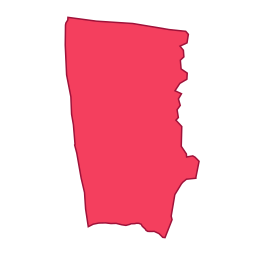 Niagara, New York, United States of America (Robinson projection), rotated 277°
{"feature_id": "52423323B57402250817644", "entity_name": "Niagara", "entity_type": "district", "adm_level": 2, "iso_a3": "USA", "parent_name": "United States of America", "parent_adm1": "New York", "projection": "robinson", "projection_center": [-78.823, 43.197], "detail": "fine", "context": "isolated", "style": "filled", "palette": "rose", "viewbox_px": 256, "rotation_deg": 277, "n_neighbors": 0, "source": "geoboundaries", "source_scale": "gbopen_adm2", "svg_char_len": 1063}
<svg xmlns="http://www.w3.org/2000/svg" viewBox="0 0 256 256"><g transform="rotate(277 128 128)"><path d="M230.5,54.9L227.9,55.1L224.7,53.6L222.6,53.4L202.7,55.6L173.2,60.6L152.0,67.5L134.9,70.3L124.6,73.4L105.4,77.4L104.7,77.1L96.9,80.2L72.6,87.6L58.7,92.7L42.4,95.8L25.2,100.6L28.3,105.2L30.1,110.6L31.1,117.5L31.1,119.0L31.1,122.7L31.9,127.9L31.2,133.6L31.1,137.8L32.6,141.6L33.3,142.6L33.9,146.4L34.5,148.1L34.7,150.4L34.1,152.8L32.3,154.1L31.4,155.3L29.8,157.5L28.6,158.4L27.8,160.3L28.0,162.3L28.2,164.1L28.6,166.6L27.0,171.6L25.4,173.7L23.7,175.8L23.7,178.1L42.4,182.9L45.8,181.6L67.6,182.6L79.1,187.8L81.0,189.1L84.3,192.2L86.4,201.5L87.6,201.4L103.6,202.6L107.2,198.1L108.2,195.7L106.4,189.7L109.4,189.1L116.3,183.1L136.0,181.2L141.6,174.6L144.5,176.7L152.1,174.5L156.8,177.1L163.0,174.5L168.5,176.9L170.7,170.1L178.6,174.0L183.6,180.5L189.7,180.1L193.1,173.5L201.7,171.7L205.4,174.8L211.9,173.5L215.6,169.6L219.7,176.2L228.3,176.5L231.0,173.5L230.7,156.8L232.3,120.0L230.2,83.6L230.5,54.9Z" fill="#f43f5e" stroke="#9f1239" stroke-width="1.5"/></g></svg>